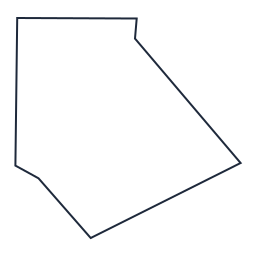 the district of 44, Ad Dawhah, Qatar
{"feature_id": "91078587B22433394531175", "entity_name": "44", "entity_type": "district", "adm_level": 2, "iso_a3": "QAT", "parent_name": "Qatar", "parent_adm1": "Ad Dawhah", "projection": "albers", "projection_center": [51.528, 25.245], "detail": "fine", "context": "isolated", "style": "outline", "palette": "slate", "viewbox_px": 256, "rotation_deg": 0, "n_neighbors": 0, "source": "geoboundaries", "source_scale": "gbopen_adm2", "svg_char_len": 224}
<svg xmlns="http://www.w3.org/2000/svg" viewBox="0 0 256 256"><path d="M17.2,18.0L17.2,18.9L15.4,165.6L38.5,178.3L90.7,238.0L240.6,163.0L135.0,38.6L136.7,18.5L17.2,18.0Z" fill="none" stroke="#1e293b" stroke-width="2"/></svg>